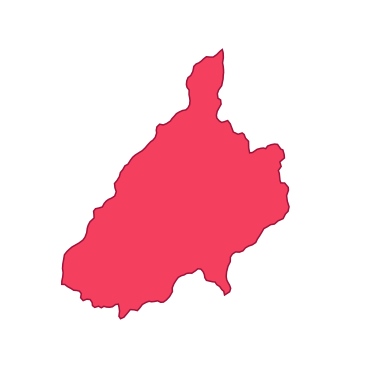 outline of Muzambinho, Minas Gerais, Brazil, rotated 201°
{"feature_id": "56859067B59746480079814", "entity_name": "Muzambinho", "entity_type": "district", "adm_level": 2, "iso_a3": "BRA", "parent_name": "Brazil", "parent_adm1": "Minas Gerais", "projection": "equal_earth", "projection_center": [-46.515, -21.373], "detail": "fine", "context": "isolated", "style": "filled", "palette": "rose", "viewbox_px": 384, "rotation_deg": 201, "n_neighbors": 0, "source": "geoboundaries", "source_scale": "gbopen_adm2", "svg_char_len": 2990}
<svg xmlns="http://www.w3.org/2000/svg" viewBox="0 0 384 384"><g transform="rotate(201 192 192)"><path d="M255.6,209.7L258.2,206.2L259.8,203.2L260.8,199.8L261.8,194.9L264.0,192.4L264.6,188.1L265.8,184.6L265.3,180.2L266.2,175.6L267.4,172.2L265.4,168.3L262.8,165.1L262.7,160.5L264.9,157.5L267.3,155.1L268.8,152.8L269.9,149.8L270.3,146.0L273.2,143.7L276.1,141.8L277.0,138.8L275.5,135.9L274.1,132.7L275.4,130.0L276.6,127.5L277.0,123.9L276.8,120.8L275.7,116.2L275.7,111.3L276.6,108.0L279.2,103.9L281.5,101.1L284.3,97.7L286.1,94.4L287.4,91.6L288.6,87.7L287.7,83.3L286.8,78.6L285.5,74.2L283.4,70.5L282.3,66.6L281.6,62.2L280.5,59.1L277.6,60.1L274.4,59.1L270.6,58.6L267.2,57.9L264.1,58.8L261.5,59.1L258.9,57.4L258.1,53.4L254.7,51.6L251.9,54.2L248.5,55.1L245.6,53.0L244.2,50.3L241.5,49.4L238.3,51.9L235.2,51.4L233.3,53.7L230.4,54.0L227.6,54.9L225.2,56.3L223.0,59.6L220.6,60.9L218.8,58.3L216.9,54.7L215.7,49.8L213.3,48.1L210.7,50.7L209.1,55.2L207.5,60.1L203.7,61.3L200.5,61.7L199.3,64.8L198.0,69.3L195.3,72.5L192.9,74.6L190.5,75.0L187.7,76.4L185.0,78.1L181.7,77.8L179.2,79.0L177.2,82.1L175.5,86.3L174.6,91.9L176.1,95.5L176.0,99.9L175.1,104.4L174.2,107.4L171.9,110.1L169.6,111.8L168.0,113.9L165.9,115.1L163.0,116.2L160.6,119.6L159.0,122.4L156.1,123.2L153.2,121.7L151.0,119.5L149.3,116.6L146.9,114.7L143.8,115.1L140.8,115.5L138.2,116.2L135.7,114.4L132.3,113.7L129.2,111.6L126.8,110.7L124.7,107.5L122.8,110.0L121.1,112.4L121.4,116.0L123.6,118.5L126.2,120.6L128.1,122.4L129.8,125.4L131.1,129.9L131.8,135.5L131.3,140.7L132.8,144.9L132.1,148.5L129.9,151.6L126.1,152.9L123.3,155.4L122.1,159.0L119.7,161.9L116.8,164.3L114.4,167.7L114.1,171.5L113.3,174.9L112.5,179.3L111.8,183.6L109.3,186.5L106.9,189.7L103.5,191.7L101.3,195.9L97.4,199.8L96.9,204.9L95.4,208.5L96.1,213.0L99.7,217.5L102.4,222.5L102.6,228.2L103.8,230.8L108.7,233.6L112.3,232.3L114.1,234.5L117.2,240.7L119.1,243.0L117.9,247.8L120.8,251.5L117.9,256.9L119.4,260.0L122.2,263.8L124.5,263.9L129.2,267.1L132.0,266.4L135.0,264.6L137.9,262.0L138.7,258.9L141.0,258.7L143.5,257.4L146.5,255.2L149.7,250.5L152.2,249.2L154.8,253.3L157.4,259.6L161.3,261.4L164.0,264.4L166.3,265.1L169.7,262.4L174.9,262.8L180.7,269.3L184.3,271.5L187.0,269.2L189.2,267.6L192.2,268.2L195.3,269.9L196.7,272.3L197.4,276.4L197.0,279.6L196.3,284.4L198.3,288.2L201.4,288.9L203.6,292.9L203.7,296.9L202.4,301.9L203.5,308.6L204.6,312.0L205.3,314.8L206.5,317.7L207.9,320.5L209.7,323.4L210.9,328.7L212.8,333.1L214.8,335.9L216.4,333.1L218.1,329.2L220.5,325.6L223.6,324.4L227.1,323.4L228.9,320.4L230.1,317.8L231.8,315.1L234.0,313.0L235.3,310.0L234.4,304.8L234.9,300.3L236.7,297.4L236.7,293.8L235.7,290.2L234.1,287.9L231.2,286.1L229.7,281.9L228.0,279.2L226.6,276.6L225.5,272.7L225.9,269.0L227.2,266.4L230.0,264.7L232.6,262.1L234.6,259.6L235.7,256.4L236.9,253.5L237.6,250.5L240.3,246.7L242.9,244.3L246.5,243.7L248.1,240.2L247.5,236.9L246.1,234.3L245.9,229.7L247.1,226.3L248.7,223.9L250.2,220.2L251.5,216.4L253.2,212.8L255.6,209.7Z" fill="#f43f5e" stroke="#9f1239" stroke-width="1.5"/></g></svg>